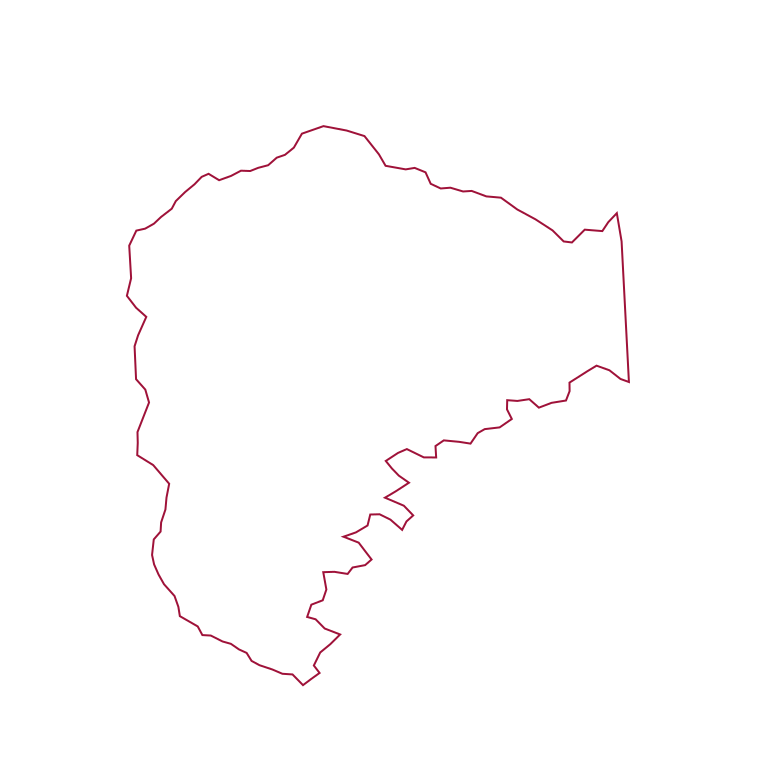 Mariópolis, Paraná, Brazil (Albers equal-area conic projection), rotated 163°
{"feature_id": "56859067B64203059437123", "entity_name": "Mariópolis", "entity_type": "district", "adm_level": 2, "iso_a3": "BRA", "parent_name": "Brazil", "parent_adm1": "Paraná", "projection": "albers", "projection_center": [-52.576, -26.325], "detail": "fine", "context": "isolated", "style": "outline", "palette": "rose", "viewbox_px": 768, "rotation_deg": 163, "n_neighbors": 0, "source": "geoboundaries", "source_scale": "gbopen_adm2", "svg_char_len": 1942}
<svg xmlns="http://www.w3.org/2000/svg" viewBox="0 0 768 768"><g transform="rotate(163 384 384)"><path d="M549.5,119.7L539.6,123.3L530.1,126.5L533.4,135.3L523.5,145.9L511.4,150.9L499.2,157.3L512.2,167.5L518.2,179.0L525.6,183.7L518.0,194.2L505.8,195.1L499.2,204.3L497.1,221.8L486.4,218.9L474.3,213.0L467.7,217.7L455.0,216.3L447.2,219.8L450.5,228.6L454.6,239.7L467.4,249.8L454.2,250.3L441.1,253.5L435.3,263.2L426.3,260.7L417.5,252.4L409.3,239.2L402.7,246.0L394.5,249.8L400.6,261.8L416.3,275.0L404.3,277.9L389.0,282.3L396.6,292.0L401.1,300.8L404.8,309.9L390.7,314.0L381.2,315.1L367.4,302.2L355.6,298.5L352.9,309.6L343.3,312.6L329.0,306.7L318.7,301.7L308.8,309.6L300.9,311.4L286.1,308.7L272.0,313.2L273.8,323.8L270.9,332.5L261.4,328.8L249.5,327.0L242.8,316.1L229.3,317.0L214.8,315.0L208.6,322.9L206.2,331.1L186.0,336.7L175.4,339.4L164.4,331.2L156.4,319.7L149.2,314.3L115.1,450.9L111.4,479.3L122.2,473.2L130.5,466.4L146.9,472.9L162.9,464.4L170.5,467.8L177.9,481.6L191.0,497.2L205.5,511.9L217.7,528.0L231.3,533.5L243.7,543.0L252.1,545.0L263.1,552.3L272.6,554.4L280.8,561.8L282.4,574.3L291.5,581.7L300.5,582.9L318.7,592.2L321.7,605.1L330.2,626.8L345.6,637.3L366.5,648.3L389.3,647.4L401.1,636.4L411.7,632.1L420.4,631.8L430.8,627.1L441.1,627.5L449.7,626.8L458.4,629.8L469.5,627.7L482.1,627.1L490.3,636.3L497.8,635.4L506.8,630.4L518.1,625.7L529.6,619.8L535.7,613.7L548.4,608.9L557.1,604.6L567.0,602.4L576.0,603.1L587.2,590.8L594.9,559.1L604.1,543.5L598.8,529.4L591.7,517.7L604.9,502.5L611.5,493.0L619.7,461.1L613.9,448.4L614.1,435.0L633.8,410.1L636.7,399.7L640.8,388.1L628.4,373.9L618.6,351.4L625.2,339.0L629.7,327.9L637.6,316.8L640.8,308.2L649.6,302.7L655.8,288.3L656.6,278.7L655.3,267.7L652.9,256.8L646.3,242.5L645.8,231.0L647.1,221.7L633.0,206.6L631.1,197.0L623.2,194.1L613.7,185.0L606.4,180.3L600.3,172.6L594.0,167.0L591.6,157.9L585.3,151.5L574.2,143.6L565.9,136.6L556.4,133.0L549.5,119.7Z" fill="none" stroke="#9f1239" stroke-width="2"/></g></svg>